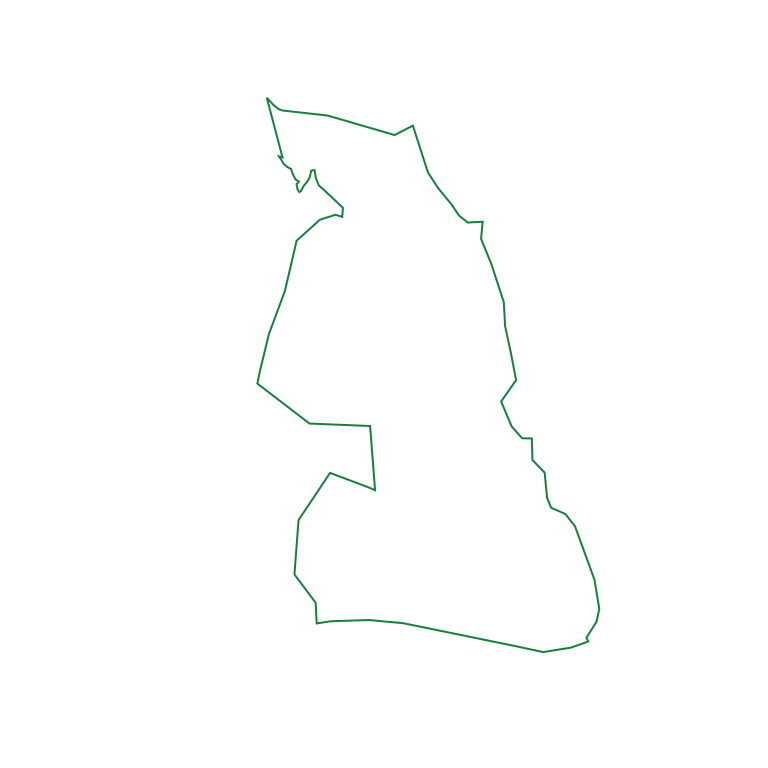 the district of Kosti, White Nile, Sudan, rotated 342°
{"feature_id": "16777658B3487648242534", "entity_name": "Kosti", "entity_type": "district", "adm_level": 2, "iso_a3": "SDN", "parent_name": "Sudan", "parent_adm1": "White Nile", "projection": "equal_earth", "projection_center": [32.672, 12.928], "detail": "fine", "context": "isolated", "style": "outline", "palette": "green", "viewbox_px": 768, "rotation_deg": 342, "n_neighbors": 0, "source": "geoboundaries", "source_scale": "gbopen_adm2", "svg_char_len": 1194}
<svg xmlns="http://www.w3.org/2000/svg" viewBox="0 0 768 768"><g transform="rotate(342 384 384)"><path d="M491.3,147.2L471.0,150.5L413.4,111.3L372.1,92.6L368.8,90.1L365.0,84.3L361.0,75.5L357.5,137.1L354.5,135.1L355.7,139.4L356.5,143.4L358.9,147.5L362.1,150.8L362.1,155.8L363.0,161.9L365.6,165.3L362.6,166.9L361.9,172.2L362.8,175.4L365.1,174.5L367.0,172.5L368.9,170.7L372.5,168.6L376.7,165.1L379.0,161.6L380.5,158.7L384.0,159.0L382.8,167.5L383.4,175.1L386.1,179.5L389.7,186.0L399.4,203.8L395.9,212.2L390.1,208.0L373.7,208.0L345.2,220.7L318.5,264.9L290.0,300.9L269.3,334.5L263.7,344.5L300.9,398.6L354.2,418.3L357.8,419.7L342.7,482.2L337.3,477.5L305.2,451.9L260.7,487.0L240.0,537.4L251.4,571.0L246.0,590.9L260.5,593.3L296.4,603.7L328.1,617.3L427.6,673.7L452.4,688.1L480.4,692.5L498.7,692.0L498.0,688.0L512.7,675.7L519.3,664.3L523.7,635.1L521.7,578.3L516.3,563.7L504.7,553.3L503.9,542.8L509.4,517.9L501.7,502.2L507.8,481.5L498.6,478.3L492.3,463.8L490.0,436.8L510.8,421.2L514.1,395.2L517.1,366.2L523.2,343.3L523.2,303.8L521.2,275.8L528.0,260.2L513.5,256.3L507.4,247.1L503.8,234.3L496.1,214.7L491.2,196.5L491.2,188.2L491.2,182.9L491.3,147.2Z" fill="none" stroke="#15803d" stroke-width="2"/></g></svg>